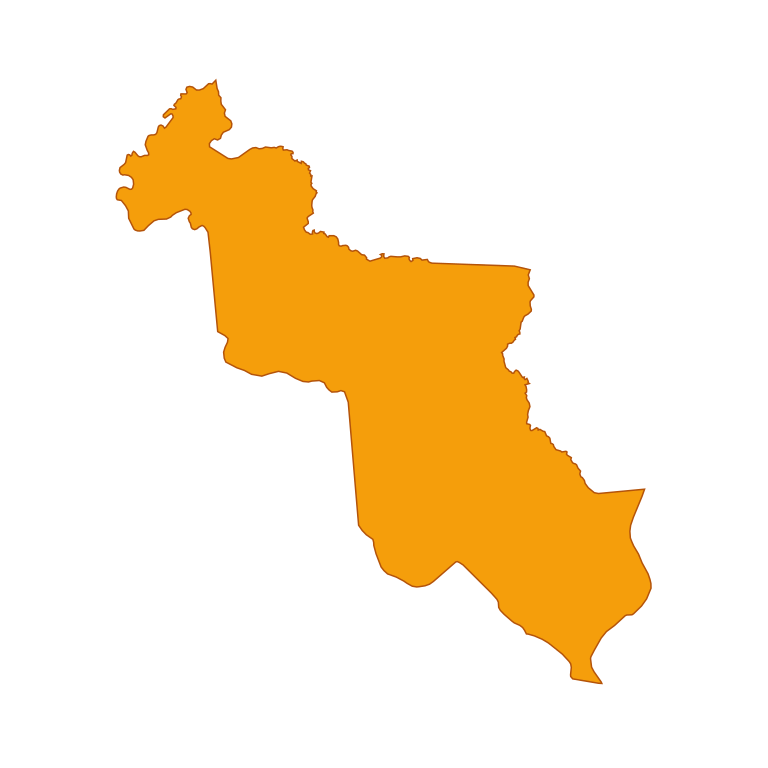 Autazes, Amazonas, Brazil, rotated 85°
{"feature_id": "56859067B87803288994040", "entity_name": "Autazes", "entity_type": "district", "adm_level": 2, "iso_a3": "BRA", "parent_name": "Brazil", "parent_adm1": "Amazonas", "projection": "mercator", "projection_center": [-59.68, -3.831], "detail": "fine", "context": "isolated", "style": "filled", "palette": "amber", "viewbox_px": 768, "rotation_deg": 85, "n_neighbors": 0, "source": "geoboundaries", "source_scale": "gbopen_adm2", "svg_char_len": 6129}
<svg xmlns="http://www.w3.org/2000/svg" viewBox="0 0 768 768"><g transform="rotate(85 384 384)"><path d="M645.4,263.9L645.7,262.2L648.0,256.2L652.1,248.6L656.3,242.8L668.6,229.9L676.6,223.7L679.1,222.4L682.7,222.1L690.0,223.5L691.7,223.5L694.2,221.7L700.8,196.4L701.3,193.1L699.8,193.6L688.9,199.9L684.1,201.9L675.6,202.2L673.8,201.7L667.8,197.9L656.0,189.8L650.0,184.0L644.6,175.3L635.9,164.0L635.3,162.4L635.5,157.1L634.7,155.5L627.6,146.8L620.9,141.1L610.7,135.8L606.0,135.5L601.8,136.1L596.1,137.5L584.7,142.5L575.6,145.3L567.1,149.4L562.7,150.9L558.9,152.0L552.1,151.9L546.2,150.6L538.5,147.2L518.5,136.8L511.5,133.6L511.8,179.9L510.6,184.0L505.1,189.6L500.6,192.3L497.5,192.8L494.5,194.6L493.6,196.0L492.1,196.4L490.7,196.8L487.9,195.8L484.7,198.1L481.3,199.2L480.3,200.3L479.5,202.3L478.5,203.2L475.6,204.5L473.7,203.8L471.1,207.4L469.9,208.3L467.7,207.6L466.9,208.6L467.2,212.8L466.1,214.0L464.4,218.4L461.0,220.3L459.1,220.6L458.1,221.8L457.7,223.0L452.5,223.5L450.9,224.7L449.8,226.6L445.4,228.0L444.9,229.7L442.8,232.6L443.3,234.4L441.7,234.5L440.9,235.8L443.3,240.7L443.0,242.0L440.8,242.5L438.0,241.7L437.0,242.4L436.0,245.3L434.3,245.2L429.6,243.4L426.9,243.6L423.1,242.5L419.3,240.6L415.7,241.0L412.0,243.0L410.0,243.4L408.0,242.8L405.4,244.2L404.4,242.7L402.3,242.4L399.0,242.7L397.1,243.6L396.2,239.2L395.2,240.3L393.8,240.1L390.9,241.2L391.9,243.1L390.7,244.0L389.3,243.6L389.5,245.5L383.8,248.6L382.6,249.5L381.7,251.2L382.9,252.8L384.5,253.8L384.4,255.4L382.8,256.6L382.2,258.0L380.7,258.9L378.3,261.3L371.7,262.5L369.5,262.2L365.8,263.3L364.2,263.2L362.9,264.1L359.1,258.9L357.1,257.6L355.1,257.4L354.3,255.2L354.5,253.7L353.7,252.1L351.7,250.4L350.9,249.1L349.1,249.5L348.5,247.8L347.2,247.1L346.2,245.8L346.0,244.3L344.4,244.2L342.7,244.7L341.1,243.6L334.3,242.0L333.6,240.9L329.6,238.9L328.4,237.7L326.9,234.4L324.2,231.0L322.6,230.7L318.9,231.5L315.1,231.4L313.8,230.8L310.3,227.1L308.4,226.9L298.5,231.8L295.3,231.6L291.7,230.0L287.9,230.8L283.0,228.4L277.9,243.9L267.8,325.7L266.6,328.4L265.4,329.3L263.7,330.0L263.9,335.3L262.1,336.9L261.1,340.1L261.6,344.5L263.4,344.4L264.4,346.4L263.1,347.6L261.6,348.2L260.1,347.7L258.9,348.8L258.2,352.2L258.8,356.5L258.5,359.8L257.4,366.1L257.8,367.9L258.7,369.2L258.8,372.3L256.9,373.2L254.3,372.7L254.1,374.5L254.7,376.3L255.6,375.1L257.0,375.2L258.2,376.6L260.4,387.3L258.1,390.6L256.7,390.3L253.9,392.2L253.2,395.0L249.2,398.8L248.3,400.6L249.0,403.6L248.4,405.4L246.6,407.2L244.7,407.4L243.1,408.6L242.5,409.9L242.5,413.3L243.0,414.7L242.4,416.5L241.0,417.1L239.1,416.9L235.5,417.4L233.3,418.7L231.9,421.0L231.5,425.7L232.9,426.6L232.2,427.9L229.4,429.5L228.8,430.9L227.5,430.5L226.5,434.0L227.9,436.0L228.3,437.8L227.6,439.5L226.1,440.2L224.6,440.1L224.9,441.4L226.4,442.1L228.3,442.1L228.5,444.3L226.4,446.7L226.1,448.1L223.7,449.7L220.8,450.5L217.5,445.5L215.8,445.3L212.0,446.2L210.6,445.0L207.6,439.5L205.9,440.0L204.5,439.6L201.6,440.4L199.6,440.4L195.8,439.7L194.3,439.2L191.1,436.2L188.8,435.2L187.7,434.1L186.7,434.9L185.6,434.5L183.3,437.5L180.4,439.3L178.8,439.3L177.8,438.4L176.6,439.2L170.4,437.6L170.4,438.9L168.9,438.7L167.4,439.8L165.1,438.6L164.1,440.6L162.6,440.7L161.9,439.4L160.5,439.5L159.2,442.3L157.8,442.7L157.1,443.9L155.6,445.0L154.9,446.9L157.0,447.3L154.7,451.0L153.3,451.0L154.1,453.3L151.4,456.1L149.2,455.9L147.6,456.9L146.5,456.3L146.6,454.6L145.3,454.4L144.0,455.3L143.0,458.7L142.2,460.2L142.2,463.9L140.6,464.3L138.9,463.8L138.4,465.1L138.1,466.7L138.4,468.5L139.5,470.8L138.7,472.8L138.9,475.7L137.6,481.4L138.7,484.6L138.8,487.9L137.3,491.0L137.4,494.3L138.7,497.4L145.7,509.3L146.5,516.4L145.7,519.8L132.5,537.1L129.3,537.0L126.5,534.7L124.9,531.7L126.4,528.5L125.0,525.5L121.8,524.3L119.2,522.1L117.1,515.9L114.8,513.6L111.6,512.9L108.5,513.7L103.5,519.0L100.2,519.4L97.0,518.0L91.2,521.7L87.9,521.9L84.6,521.5L81.9,523.5L78.4,523.4L75.1,524.5L66.7,525.1L70.2,529.1L69.6,531.0L69.6,532.6L74.0,538.3L75.1,542.3L74.8,545.2L71.5,548.7L71.0,550.4L70.6,551.7L71.1,554.5L73.2,555.6L76.6,554.7L77.8,555.8L77.3,561.0L78.8,561.4L80.2,560.7L82.1,561.6L82.2,563.4L82.8,564.5L86.0,566.8L87.1,568.5L88.2,569.0L90.3,567.1L91.7,567.4L92.0,570.5L91.2,572.1L91.2,573.7L96.6,580.3L98.5,580.6L99.9,579.0L96.2,572.8L96.6,571.6L98.5,570.8L100.2,570.9L109.1,578.8L110.0,580.4L107.7,581.7L106.6,583.6L107.0,585.4L108.2,586.4L113.8,588.3L115.4,589.7L115.8,591.8L115.6,594.3L116.0,596.5L116.7,597.5L121.5,600.0L124.9,601.0L130.6,599.5L133.1,598.4L135.1,598.4L135.7,599.7L135.4,602.5L136.5,606.2L136.2,608.0L135.3,609.2L131.4,611.9L130.4,613.3L132.2,614.7L134.1,615.2L134.9,616.4L133.6,617.3L133.1,618.7L133.6,619.9L140.9,622.1L142.5,623.6L145.4,628.1L148.1,629.0L149.9,628.9L151.9,627.9L153.1,625.9L152.9,624.4L154.0,620.2L156.1,617.6L158.6,616.1L163.1,616.0L166.8,617.3L168.0,618.6L167.9,620.2L165.6,624.0L165.1,626.1L165.8,629.7L166.6,631.0L168.6,632.6L171.3,633.8L174.3,634.4L176.0,634.3L177.2,633.6L178.3,629.6L183.9,625.9L189.3,623.6L196.7,623.9L207.8,619.6L209.0,618.4L210.0,616.1L210.3,613.9L210.0,609.8L205.7,604.9L201.4,598.9L200.3,594.5L200.7,586.3L199.1,581.9L197.5,580.1L195.2,575.9L192.6,567.1L193.0,564.9L195.0,562.3L196.7,561.4L198.3,561.4L199.3,563.1L201.8,564.6L205.3,563.8L206.9,562.9L211.1,562.3L212.7,561.3L213.7,559.1L213.1,556.9L211.4,554.5L210.2,551.4L211.1,549.8L212.6,548.6L217.5,546.1L237.6,545.6L317.3,545.1L321.9,538.3L325.1,535.4L328.8,536.3L333.6,539.1L338.3,541.0L344.4,540.9L348.4,539.6L355.0,529.2L358.3,521.9L362.8,515.1L365.5,505.0L363.7,497.4L362.2,488.0L364.6,479.9L370.6,471.7L374.4,464.5L375.4,459.0L374.8,455.7L374.9,448.1L377.6,443.3L382.3,441.4L385.0,439.4L387.5,436.7L387.7,431.1L386.8,427.5L388.3,424.0L399.0,421.2L522.5,421.6L528.0,418.5L532.6,414.8L537.8,408.6L540.9,408.1L544.1,408.2L552.5,406.7L566.1,402.8L569.9,400.3L573.5,397.0L577.3,388.8L582.0,381.5L584.5,378.5L587.9,373.5L589.0,369.2L589.0,366.8L588.6,360.7L587.4,356.1L585.0,352.0L567.5,328.0L567.3,326.5L568.3,324.6L571.1,321.0L601.7,295.2L608.4,290.2L611.3,289.1L616.6,289.2L619.7,287.8L623.9,284.4L631.2,277.4L633.3,275.1L636.3,269.7L638.7,267.1L641.5,265.5L645.4,263.9Z" fill="#f59e0b" stroke="#b45309" stroke-width="1.5"/></g></svg>